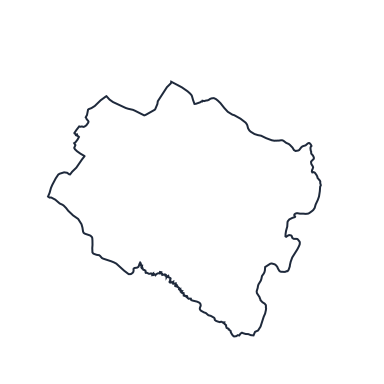 the district of Phu Sing, Si Sa Ket, Thailand, rotated 304°
{"feature_id": "78962969B17972305807054", "entity_name": "Phu Sing", "entity_type": "district", "adm_level": 2, "iso_a3": "THA", "parent_name": "Thailand", "parent_adm1": "Si Sa Ket", "projection": "albers", "projection_center": [104.106, 14.491], "detail": "fine", "context": "isolated", "style": "outline", "palette": "slate", "viewbox_px": 384, "rotation_deg": 304, "n_neighbors": 0, "source": "geoboundaries", "source_scale": "gbopen_adm2", "svg_char_len": 6005}
<svg xmlns="http://www.w3.org/2000/svg" viewBox="0 0 384 384"><g transform="rotate(304 192 192)"><path d="M107.5,323.2L110.5,322.6L111.4,322.5L114.1,324.2L118.7,324.1L128.7,321.2L132.1,320.6L135.4,319.3L137.1,318.4L137.8,317.6L138.5,317.3L139.5,316.5L140.1,314.6L140.0,312.1L140.6,309.3L141.2,308.8L141.8,307.7L142.5,307.0L144.5,302.3L145.9,301.1L149.2,300.1L150.9,299.3L152.5,298.8L157.0,298.6L158.8,298.1L161.5,297.0L164.5,297.1L166.0,296.9L167.7,296.3L170.7,294.6L176.3,297.0L177.3,298.0L178.3,301.0L178.2,302.7L177.6,304.6L176.6,306.1L175.5,308.4L175.4,309.2L175.6,310.3L177.7,313.7L178.9,314.6L179.2,314.6L179.8,315.5L181.5,315.6L184.9,314.7L186.5,313.9L189.4,312.8L193.8,311.7L203.4,311.4L206.7,311.0L208.7,310.6L210.2,309.8L211.0,309.0L211.9,306.1L211.9,305.6L211.5,304.7L210.1,302.6L210.0,302.1L210.1,300.7L211.2,299.4L211.4,298.5L210.8,296.9L210.1,296.2L207.5,295.1L207.5,294.3L209.6,293.0L212.4,291.7L216.6,290.3L220.5,288.0L221.3,287.8L223.7,288.0L226.7,289.7L228.7,291.3L229.2,291.3L229.9,289.8L230.5,289.5L231.0,289.5L231.8,289.8L232.7,290.4L233.3,291.1L234.4,293.6L236.4,296.6L237.3,298.3L238.5,299.8L239.2,300.5L240.1,301.0L243.1,302.1L244.8,302.6L247.4,302.6L250.8,301.5L255.9,300.7L259.3,299.8L264.2,297.5L268.0,295.3L269.7,295.0L271.0,293.4L272.5,292.4L272.9,291.7L273.9,288.2L274.9,287.2L275.8,285.5L276.7,283.0L276.5,281.7L275.8,281.2L275.5,280.8L275.9,280.0L277.2,279.3L278.6,279.1L280.2,278.6L280.8,277.8L281.9,275.3L283.3,274.0L283.9,273.7L287.5,274.4L288.3,274.1L288.9,273.5L289.9,271.8L290.4,269.7L290.9,269.0L292.0,268.3L292.9,267.1L294.7,265.6L295.7,265.2L297.0,265.3L297.8,263.9L298.2,262.3L298.2,261.9L297.8,261.3L296.9,260.8L294.2,260.1L292.1,258.4L291.2,257.9L290.1,257.6L286.7,257.4L285.7,256.8L283.9,254.9L283.8,253.0L285.0,250.5L285.8,246.8L285.9,245.3L285.4,242.6L285.6,239.1L285.3,237.8L284.6,236.8L283.3,235.4L280.5,231.5L279.5,229.2L278.1,223.4L277.3,217.8L276.0,214.8L275.0,211.4L274.8,206.9L275.1,205.1L276.2,202.8L278.0,200.8L278.7,199.8L279.5,197.7L279.9,191.2L279.3,184.1L278.7,182.2L278.5,176.8L279.7,171.8L281.6,165.8L282.2,162.4L282.4,159.9L282.1,157.9L281.9,157.4L280.5,155.8L279.2,154.9L277.8,154.4L276.7,153.7L275.7,152.5L274.2,151.3L273.5,149.6L272.7,149.8L272.5,149.5L272.0,149.0L270.9,148.6L267.3,145.9L266.4,144.8L268.8,141.5L271.5,138.3L272.1,137.2L272.6,135.1L273.0,132.0L273.1,125.1L271.8,113.1L271.0,113.5L270.3,113.7L264.9,112.6L248.1,112.9L245.6,114.1L240.1,115.2L239.3,115.1L230.3,110.6L229.1,109.8L228.8,109.5L227.5,99.4L227.1,97.1L225.3,92.5L224.6,90.1L222.4,76.2L222.5,72.0L223.6,67.5L223.1,67.2L217.0,65.0L208.9,63.3L205.3,61.7L202.9,60.0L202.1,59.8L197.1,61.9L194.5,62.1L194.3,62.7L193.6,63.7L192.8,66.3L192.5,66.8L191.5,67.2L188.2,67.1L186.1,66.3L185.2,65.5L184.8,64.1L183.7,63.0L183.3,61.8L178.9,61.5L175.1,61.5L174.9,61.8L175.0,62.1L174.8,63.0L174.2,63.9L174.2,64.4L174.5,64.7L175.2,64.1L175.5,64.4L174.5,65.6L174.6,66.7L174.4,67.5L171.5,67.8L168.1,67.6L166.6,67.0L165.7,69.1L162.7,69.7L162.0,71.0L161.5,73.8L161.4,78.1L161.7,82.7L161.5,82.9L157.7,82.6L147.5,82.5L141.8,81.3L138.4,81.1L138.0,80.3L138.1,77.7L136.8,75.0L133.2,72.1L131.7,71.4L127.1,71.4L119.7,72.2L116.5,72.8L111.7,74.4L107.7,75.2L107.7,77.0L108.7,78.4L109.2,82.9L108.5,88.8L109.0,91.7L109.0,93.2L108.3,96.6L107.2,99.9L106.4,104.8L106.1,106.3L106.0,112.7L103.5,118.4L101.2,121.1L98.3,123.8L97.6,124.9L97.5,125.6L97.6,126.8L98.9,131.5L99.0,132.5L98.6,134.4L97.9,135.2L96.1,136.6L92.5,139.1L89.7,140.7L86.7,142.9L86.2,143.3L85.8,144.5L85.9,145.4L86.6,148.1L87.7,150.4L87.6,151.6L86.9,154.2L87.1,155.7L89.4,163.8L90.0,166.6L90.3,169.3L88.8,179.8L88.5,185.4L89.5,186.9L90.1,187.4L91.8,188.0L93.1,188.0L94.2,187.5L95.4,186.6L96.0,186.5L96.9,186.9L98.5,188.7L99.6,189.3L100.4,189.4L103.4,188.6L104.5,188.5L104.3,189.2L103.6,190.0L102.7,190.0L102.7,190.3L103.1,190.7L103.1,191.0L102.5,191.5L102.9,191.9L102.5,192.1L101.7,192.0L101.8,192.6L101.7,192.9L101.0,192.7L100.7,193.0L100.7,194.4L100.3,195.2L100.7,196.1L100.6,196.7L100.8,197.3L100.0,198.2L99.2,198.6L99.1,198.9L99.8,199.8L100.1,202.0L100.8,203.0L101.6,203.5L101.5,204.8L102.7,205.3L101.6,205.9L101.1,205.9L101.5,206.4L102.6,206.5L102.9,206.8L102.5,208.2L103.6,208.3L105.1,208.9L106.1,209.9L106.4,210.8L107.8,210.2L108.3,211.3L107.5,211.5L107.6,212.9L106.8,213.4L106.6,213.7L107.3,214.3L107.7,215.1L108.4,215.4L108.7,216.1L108.7,216.5L108.1,216.5L107.7,216.9L108.0,217.8L107.2,218.4L108.1,218.3L108.3,218.7L109.2,219.2L109.0,219.4L108.2,219.4L108.0,219.8L108.3,220.5L108.5,222.3L108.1,222.8L106.8,223.0L105.9,224.4L105.4,224.4L105.4,223.6L105.2,223.5L104.8,223.7L104.6,224.1L104.8,224.7L105.3,224.8L105.3,225.3L105.7,225.9L107.1,226.6L105.7,227.3L105.4,227.7L107.0,229.4L106.4,229.6L106.4,230.0L106.6,230.3L106.4,230.6L105.0,230.4L104.7,230.6L104.8,230.9L105.5,231.0L105.4,231.4L105.9,231.8L105.2,232.2L105.7,232.7L105.6,233.1L105.2,233.6L105.3,234.7L105.0,235.5L104.6,235.4L104.1,235.6L104.0,236.4L104.9,236.7L104.5,237.0L104.4,237.7L104.2,238.1L104.3,238.7L103.3,238.1L103.0,238.4L103.0,238.7L103.7,238.8L103.9,239.0L103.8,239.3L102.8,239.7L102.8,240.6L103.4,241.3L103.5,241.6L101.7,242.9L101.8,243.2L102.2,243.3L102.1,244.0L101.7,243.9L101.8,244.3L102.4,245.0L102.9,246.1L102.7,246.3L102.5,246.2L102.6,245.9L102.4,245.8L101.8,246.3L101.9,246.7L102.4,246.4L102.5,246.7L101.7,247.8L101.6,248.9L102.3,249.6L102.9,250.7L102.2,251.2L102.0,252.0L102.4,253.4L103.9,257.4L104.3,259.5L104.2,260.9L103.8,261.7L102.9,262.6L102.3,262.9L100.8,263.2L99.8,263.6L99.3,264.0L98.7,265.2L98.6,265.8L98.9,269.3L99.4,271.1L99.0,274.5L99.8,276.8L100.1,280.6L99.8,281.5L99.1,282.0L98.7,282.5L98.6,284.1L99.1,286.1L99.7,287.9L100.7,288.6L101.0,289.2L101.0,291.2L101.8,291.3L101.9,291.5L101.6,291.5L101.3,292.4L100.7,293.1L100.8,293.8L100.6,294.8L99.9,295.2L98.7,296.7L99.1,298.8L98.5,299.3L98.5,300.7L98.3,301.9L97.4,302.6L96.5,304.4L95.9,305.9L95.7,307.3L95.8,307.7L97.2,309.3L98.9,310.0L99.5,311.4L101.7,311.4L103.3,312.1L103.5,313.3L104.3,315.9L105.7,318.2L106.2,320.8L107.5,323.2Z" fill="none" stroke="#1e293b" stroke-width="2"/></g></svg>